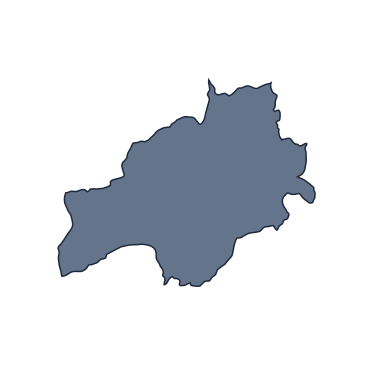 Minh Long, Quảng Ngãi, Vietnam, rotated 26°
{"feature_id": "81297802B89663618716792", "entity_name": "Minh Long", "entity_type": "district", "adm_level": 2, "iso_a3": "VNM", "parent_name": "Vietnam", "parent_adm1": "Quảng Ngãi", "projection": "natural_earth1", "projection_center": [108.678, 14.947], "detail": "fine", "context": "isolated", "style": "filled", "palette": "slate", "viewbox_px": 384, "rotation_deg": 26, "n_neighbors": 0, "source": "geoboundaries", "source_scale": "gbopen_adm2", "svg_char_len": 5990}
<svg xmlns="http://www.w3.org/2000/svg" viewBox="0 0 384 384"><g transform="rotate(26 192 192)"><path d="M240.3,273.1L241.4,270.0L242.6,266.9L244.0,265.7L245.8,264.9L246.7,264.1L247.0,262.9L247.1,261.5L247.2,260.3L249.1,256.4L249.4,255.4L248.9,251.4L249.1,250.6L249.4,249.7L251.2,246.0L253.2,242.5L254.6,236.3L255.4,234.0L255.8,231.9L255.7,231.0L255.4,229.4L253.5,222.5L252.6,217.8L252.4,215.0L252.6,214.0L252.9,213.4L254.7,212.4L256.0,211.5L256.9,210.3L257.5,208.8L258.0,208.4L259.9,205.6L261.3,204.2L262.4,203.2L266.8,200.3L268.9,198.7L269.8,197.9L270.5,197.0L271.6,193.3L272.5,191.8L273.1,191.2L276.4,189.2L277.8,187.9L279.1,186.9L279.8,186.7L280.4,186.9L281.7,187.7L283.1,188.6L285.0,189.1L285.4,187.7L285.3,186.7L285.2,185.5L285.4,184.4L285.7,183.5L286.6,182.0L287.2,180.7L286.9,178.3L287.1,176.8L288.0,175.9L288.9,175.0L289.4,174.3L289.5,173.7L289.4,172.0L289.2,170.5L288.7,169.3L287.7,168.7L286.5,168.4L285.8,168.0L283.7,166.3L280.9,164.9L278.3,162.3L277.0,160.3L276.6,158.9L276.4,157.7L276.5,156.0L277.4,153.0L278.1,151.3L278.6,150.6L279.9,150.8L281.7,150.6L284.2,149.7L286.0,148.7L287.5,147.3L288.9,146.6L290.1,146.6L291.3,147.1L293.2,148.3L296.5,149.3L301.8,150.3L303.0,150.2L304.1,149.5L304.9,148.8L305.1,148.2L305.0,147.8L304.8,146.4L304.9,143.9L304.8,143.2L303.9,141.3L303.6,140.0L302.8,138.7L302.2,138.1L301.5,137.6L300.5,136.7L299.7,135.0L299.2,134.6L298.8,134.4L296.5,133.8L295.2,133.4L291.3,132.6L287.6,132.0L285.1,131.9L281.9,132.1L280.1,132.2L280.5,131.6L281.6,130.2L282.5,128.9L283.2,127.2L283.5,125.7L283.6,123.9L283.6,123.2L283.5,122.4L282.6,118.9L281.6,116.0L281.3,114.7L280.7,113.2L280.4,112.7L277.4,107.1L276.9,106.2L274.7,103.5L274.3,102.6L274.2,102.2L274.3,99.2L274.2,98.8L273.9,98.3L273.5,98.3L273.1,98.4L272.8,98.7L272.3,99.2L270.1,102.2L268.9,103.2L267.9,103.4L266.6,103.0L265.4,103.0L263.9,103.7L263.1,103.3L262.8,103.4L261.8,103.4L260.4,102.7L258.9,101.7L257.4,101.1L256.6,101.1L255.9,101.1L255.3,101.4L254.8,101.6L252.6,103.5L250.6,104.9L250.0,105.4L249.9,105.8L247.3,104.4L245.7,103.0L244.3,101.1L243.3,99.5L242.8,98.0L242.4,97.3L240.8,96.9L240.2,95.5L239.7,94.5L238.1,93.3L237.5,92.7L237.2,91.8L237.4,91.1L237.9,90.4L238.7,90.0L239.0,89.5L239.1,89.1L238.9,88.0L238.2,85.7L236.4,82.2L235.1,81.0L234.3,80.6L234.0,80.6L233.1,81.0L232.2,82.0L232.0,82.7L231.4,83.2L230.3,83.1L229.7,82.9L229.0,82.4L229.0,82.0L229.2,81.5L229.3,80.7L229.4,79.9L229.2,79.1L228.8,77.7L227.5,75.1L226.7,71.9L226.6,69.5L226.2,68.4L225.7,67.8L222.3,67.4L220.5,66.8L218.9,65.5L216.9,63.5L215.6,61.1L215.2,59.2L214.5,60.3L212.6,61.8L210.8,63.4L206.9,67.9L205.4,70.1L204.5,70.8L202.6,71.4L200.8,71.4L199.7,71.6L198.2,71.6L196.8,71.8L195.6,72.2L194.5,72.9L193.6,73.7L192.8,74.7L190.9,76.8L190.1,77.3L189.2,77.6L188.6,78.0L188.2,78.5L187.7,79.3L187.1,81.0L186.6,82.8L185.4,86.1L184.5,87.7L183.5,88.9L182.7,89.3L181.8,89.2L179.4,88.8L178.4,88.9L176.5,90.2L175.5,91.0L174.0,92.7L172.9,93.2L171.9,93.4L170.6,93.3L169.5,92.9L168.7,92.2L168.4,91.7L167.1,89.2L166.3,88.5L163.7,87.2L161.1,86.3L159.6,85.0L158.0,84.0L158.8,86.1L160.8,88.8L162.4,91.1L163.0,92.1L163.1,92.8L163.1,94.1L163.0,95.9L163.0,96.8L163.2,97.6L163.7,98.1L164.7,98.8L166.1,99.9L166.9,100.9L167.3,101.9L168.6,109.1L169.8,115.4L170.6,118.5L171.1,121.0L171.2,122.5L171.1,123.8L170.7,125.8L170.1,127.1L169.4,127.6L168.8,127.8L167.5,127.2L163.2,125.1L161.9,124.7L160.7,124.5L159.0,124.8L156.8,125.9L154.3,126.6L152.7,127.4L150.6,129.3L147.0,133.8L146.0,136.7L144.2,139.6L143.8,140.6L143.7,143.1L143.3,143.5L141.9,144.4L141.0,144.9L138.6,146.5L137.2,148.1L135.0,150.8L134.0,152.6L133.4,154.3L133.1,156.0L132.6,157.7L130.9,162.0L130.2,164.1L129.7,164.9L128.0,167.1L127.4,167.6L124.8,168.3L123.9,168.8L122.8,170.0L121.4,171.4L119.7,172.4L118.3,173.3L117.8,173.9L117.5,174.4L117.5,175.7L117.5,177.2L117.6,179.8L117.3,185.5L118.0,188.3L118.4,189.8L118.2,191.3L117.9,192.4L116.8,196.1L117.0,197.8L117.3,198.9L117.9,199.8L119.5,201.9L121.6,204.2L122.4,204.8L122.7,205.4L123.3,206.1L123.8,207.0L123.8,207.7L122.9,209.2L121.1,211.0L116.1,215.3L114.8,216.7L114.5,217.3L114.2,218.1L114.2,218.6L115.8,221.8L113.1,225.1L109.6,228.4L108.7,228.7L105.1,231.1L103.1,231.9L100.5,233.2L99.5,233.9L99.2,234.6L98.8,236.3L98.3,237.2L97.7,237.5L96.9,237.4L95.2,237.1L94.1,237.2L93.0,237.6L92.0,238.1L90.9,239.1L89.5,240.7L88.2,242.0L86.7,242.8L84.7,243.6L83.1,244.3L82.1,245.2L80.3,247.2L78.9,248.1L79.1,249.3L79.3,250.7L79.6,252.1L80.4,254.3L81.5,256.2L82.5,257.7L84.7,259.7L88.7,263.0L89.4,263.7L90.3,264.1L92.2,265.2L93.9,266.6L97.3,270.8L98.9,273.2L99.6,275.4L99.8,277.4L99.6,279.5L98.8,282.9L98.3,287.0L98.0,290.0L97.4,293.5L97.2,295.2L96.4,297.9L96.0,299.6L96.1,300.6L96.5,301.6L97.5,302.5L98.5,303.6L99.7,305.9L100.3,308.5L101.1,310.4L104.6,315.7L106.9,318.5L109.1,320.8L110.7,323.2L112.0,324.8L112.8,324.2L115.0,322.4L118.5,317.0L119.2,316.3L120.9,315.0L126.5,312.4L127.7,311.6L129.3,309.6L130.2,308.0L130.5,307.0L130.8,305.9L131.0,303.7L131.2,302.9L131.6,302.5L132.5,301.9L134.0,301.1L134.6,300.2L135.7,299.2L137.5,297.3L138.0,296.6L138.6,294.7L139.6,292.4L140.5,291.6L141.2,291.3L141.9,290.8L143.1,289.4L143.3,288.9L143.3,288.7L143.3,288.1L142.9,287.2L142.6,286.3L142.6,285.7L142.8,285.2L144.6,282.8L152.1,272.5L156.7,268.8L159.7,266.6L166.3,263.1L169.3,261.2L171.4,260.3L175.0,259.2L179.1,258.6L181.1,258.9L182.9,259.3L183.8,259.7L185.0,260.9L186.5,262.5L187.5,264.4L188.4,266.3L189.2,267.5L190.6,268.7L192.3,269.6L194.2,270.9L196.4,272.9L198.4,273.8L200.2,275.1L201.4,276.6L201.8,278.5L202.4,280.1L204.8,280.9L205.6,281.7L206.5,283.7L207.1,286.3L207.5,287.5L208.3,287.0L208.9,285.9L209.3,284.9L209.4,281.1L209.6,280.2L210.2,278.4L210.8,277.1L211.3,276.9L212.2,276.9L214.0,277.4L214.5,277.3L215.2,276.9L215.9,276.6L217.9,276.3L219.1,276.5L219.9,277.0L220.3,277.6L220.7,278.5L221.0,279.8L221.2,280.7L221.6,281.0L222.1,281.2L223.0,281.1L224.9,280.0L226.7,278.7L228.5,276.2L230.1,274.4L231.6,276.1L232.2,276.2L233.0,276.1L234.1,275.9L235.3,275.4L236.9,274.8L239.1,273.9L240.3,273.1Z" fill="#64748b" stroke="#1e293b" stroke-width="1.5"/></g></svg>